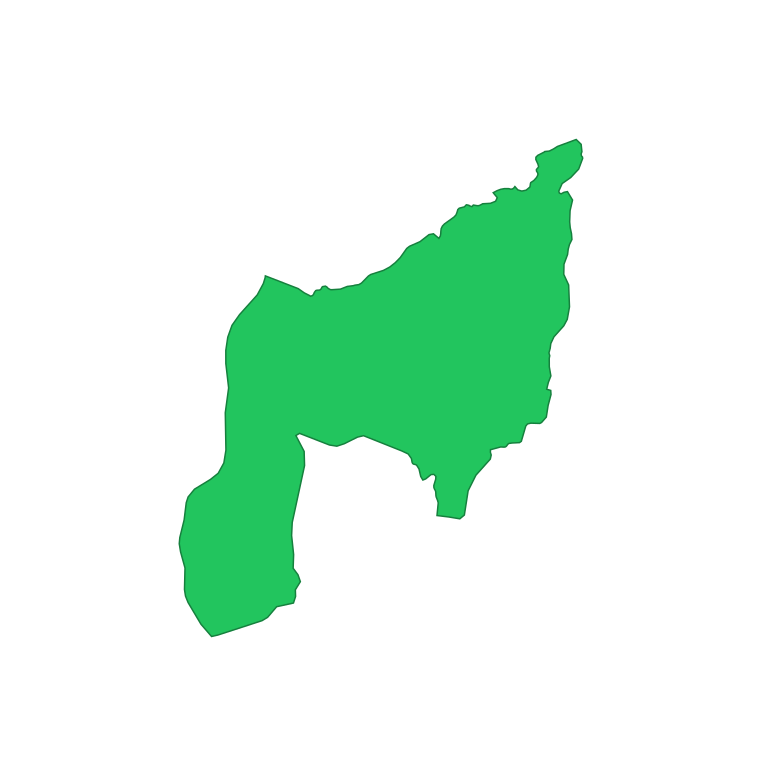 outline of Kigoma, rotated 22°
{"feature_id": "TZA-3363", "entity_name": "Kigoma", "entity_type": "Region", "adm_level": 1, "iso_a3": "TZA", "parent_name": "United Republic of Tanzania", "parent_adm1": "", "projection": "albers", "projection_center": [30.566, -4.821], "detail": "fine", "context": "isolated", "style": "filled", "palette": "green", "viewbox_px": 768, "rotation_deg": 22, "n_neighbors": 0, "source": "natural_earth", "source_scale": "10m", "svg_char_len": 3151}
<svg xmlns="http://www.w3.org/2000/svg" viewBox="0 0 768 768"><g transform="rotate(22 384 384)"><path d="M224.5,411.1L221.6,399.1L221.1,386.5L224.1,373.7L233.1,348.9L234.5,336.1L234.0,330.1L233.5,328.2L268.7,327.7L276.1,329.4L282.2,329.9L282.9,330.2L284.6,328.8L285.1,327.1L285.1,325.2L285.7,323.0L286.6,322.2L289.2,321.0L290.0,319.7L290.3,317.2L290.6,316.7L293.0,315.2L294.6,315.4L296.2,316.2L298.7,316.6L300.1,316.2L308.0,312.4L313.4,307.3L318.6,304.4L320.1,303.2L323.4,301.3L325.3,298.9L329.1,289.7L330.7,287.4L340.9,278.9L345.5,273.4L349.0,267.3L349.4,266.3L351.7,260.7L354.3,249.8L356.1,246.7L364.0,238.6L369.8,228.6L373.6,226.2L380.3,228.4L380.8,225.7L380.3,223.4L379.5,221.1L378.8,218.5L379.0,215.7L380.1,212.9L386.3,203.1L387.4,200.3L387.4,197.6L387.1,194.6L387.9,192.8L392.1,189.7L392.4,189.1L393.0,187.4L393.4,186.9L395.9,186.5L396.2,186.6L396.3,186.8L399.1,186.6L399.3,186.3L399.6,185.0L399.8,184.6L403.8,183.7L404.8,183.3L406.0,182.3L408.0,179.9L415.0,176.6L419.0,172.8L419.2,168.8L414.6,166.3L413.6,165.7L416.4,162.4L419.2,159.8L422.5,157.7L426.6,156.1L428.5,155.9L430.0,155.1L430.9,153.7L431.4,151.9L435.4,153.9L439.5,153.5L443.2,151.0L445.4,146.9L445.4,146.1L444.7,143.4L444.6,142.3L446.7,139.2L448.0,135.6L448.3,133.8L448.2,131.9L447.5,130.8L445.6,129.4L445.0,128.2L445.2,127.3L445.9,125.3L445.9,124.5L444.4,122.5L440.7,119.0L439.9,116.8L440.9,114.4L445.6,109.0L446.0,108.2L450.0,106.1L453.0,102.7L455.8,98.8L470.6,85.3L477.0,87.9L480.5,94.5L480.6,96.9L481.8,98.7L483.0,99.2L483.7,100.4L484.0,111.8L479.8,122.6L474.1,131.4L473.8,139.7L475.1,141.3L477.0,141.3L479.1,138.8L482.0,136.9L489.9,142.8L491.6,153.6L495.4,164.1L498.1,169.3L501.4,174.2L501.6,174.5L504.1,179.6L503.7,185.2L504.3,190.0L505.7,195.2L506.0,205.5L509.6,215.0L518.1,223.0L527.1,243.0L529.7,255.4L528.9,262.7L523.9,276.6L523.5,284.0L524.7,288.6L525.3,293.4L527.1,295.7L527.6,298.3L530.8,306.1L535.7,314.0L535.8,321.0L536.8,327.9L541.0,327.5L542.8,331.2L544.2,342.4L546.9,353.9L544.5,360.7L543.2,362.2L534.8,365.3L532.0,367.3L531.2,369.9L532.8,385.7L531.6,387.6L524.7,390.8L522.0,392.4L521.4,393.5L520.8,395.8L520.2,396.8L519.1,397.5L515.7,398.7L508.2,404.4L507.3,404.9L508.2,407.4L510.0,409.7L510.7,413.8L503.4,434.1L502.0,451.5L507.6,475.4L504.8,480.6L494.0,483.0L482.4,486.1L478.8,473.9L477.4,472.0L474.8,469.3L474.1,468.3L472.3,464.5L471.2,463.3L470.0,462.4L469.0,461.2L468.2,459.4L467.6,452.9L466.7,450.2L464.1,449.1L461.5,450.4L458.2,456.4L456.0,458.5L452.7,456.0L448.3,449.7L444.6,447.0L443.6,446.9L441.4,447.2L440.4,447.0L439.4,446.1L437.3,442.8L432.6,439.8L425.7,439.4L384.4,439.6L379.3,443.2L369.6,454.2L363.6,459.3L356.3,461.0L324.2,461.4L321.6,464.8L335.2,476.4L340.9,489.4L350.8,546.8L355.1,559.1L364.1,576.0L368.8,588.9L375.7,593.1L380.5,598.6L378.9,608.0L381.6,614.1L382.1,621.0L367.9,630.7L363.5,643.9L359.6,649.1L324.0,679.0L318.7,682.7L304.3,675.3L284.2,660.0L279.4,655.0L276.0,649.3L268.4,629.1L258.3,615.9L254.0,608.8L252.2,602.9L249.6,584.9L245.1,568.1L244.7,562.1L247.7,552.5L258.9,537.4L263.7,528.9L265.1,517.2L262.2,504.5L247.6,470.1L241.4,445.8L229.7,424.3L224.7,412.0L224.5,411.1Z" fill="#22c55e" stroke="#15803d" stroke-width="1.5"/></g></svg>